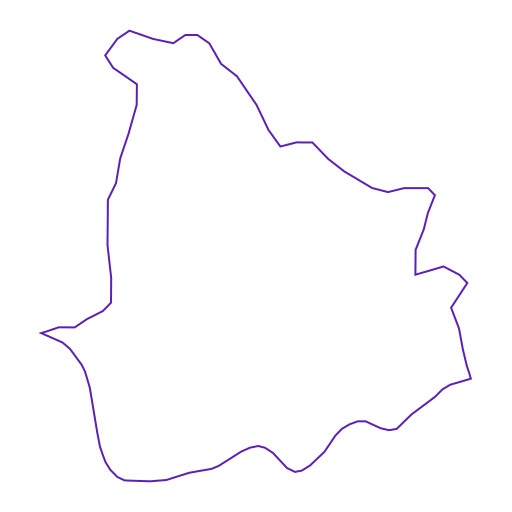 the district of Rinsan, Hwanghae-bukto, North Korea
{"feature_id": "82179303B26506354510144", "entity_name": "Rinsan", "entity_type": "district", "adm_level": 2, "iso_a3": "PRK", "parent_name": "North Korea", "parent_adm1": "Hwanghae-bukto", "projection": "natural_earth1", "projection_center": [126.038, 38.316], "detail": "fine", "context": "isolated", "style": "outline", "palette": "violet", "viewbox_px": 512, "rotation_deg": 0, "n_neighbors": 0, "source": "geoboundaries", "source_scale": "gbopen_adm2", "svg_char_len": 1266}
<svg xmlns="http://www.w3.org/2000/svg" viewBox="0 0 512 512"><path d="M201.5,470.6L211.4,468.9L218.5,466.0L241.4,451.5L249.9,447.7L258.1,446.0L264.9,447.7L272.8,452.8L287.1,468.1L295.0,471.9L301.8,470.6L310.0,465.5L324.4,451.9L335.3,435.7L341.8,428.9L349.6,424.3L357.8,421.3L365.6,421.3L380.3,428.1L388.9,430.2L396.7,428.9L411.4,414.5L435.3,396.6L442.4,389.4L450.3,384.7L470.8,378.7L469.6,374.3L466.7,365.5L462.8,349.0L459.0,328.4L451.1,307.7L459.2,295.4L467.3,283.0L459.4,274.8L443.5,266.5L415.4,274.7L415.6,249.9L423.8,229.3L427.9,212.9L434.9,195.2L428.1,188.1L404.1,188.1L388.0,192.1L372.1,188.0L344.2,171.4L328.3,159.0L312.4,142.5L296.4,142.4L280.4,146.5L268.5,130.0L256.7,105.2L237.0,76.3L221.1,63.9L209.3,43.3L197.3,35.0L185.3,35.0L173.3,43.2L153.3,39.0L129.4,30.7L117.3,38.9L105.2,55.4L113.1,67.8L117.7,71.0L125.0,76.0L136.9,84.3L136.7,104.9L128.5,133.8L120.2,158.5L116.0,183.2L107.9,199.7L107.7,224.4L107.5,245.0L111.2,278.0L111.0,302.7L102.9,311.0L86.8,319.2L74.7,327.4L58.7,327.3L46.7,331.4L41.2,333.1L62.5,342.5L70.0,348.9L81.6,364.7L85.0,371.5L89.8,387.7L97.3,432.8L100.0,446.8L102.8,454.9L105.5,462.1L110.3,469.8L117.4,477.0L124.6,480.4L131.9,480.7L150.2,481.3L166.3,480.0L189.1,472.8L201.5,470.6Z" fill="none" stroke="#5b21b6" stroke-width="2"/></svg>